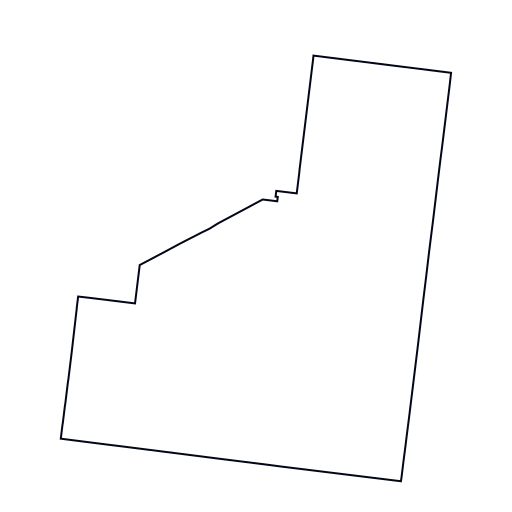 outline of Coolgardie, Western Australia, Australia, rotated 277°
{"feature_id": "25037944B30748912552839", "entity_name": "Coolgardie", "entity_type": "district", "adm_level": 2, "iso_a3": "AUS", "parent_name": "Australia", "parent_adm1": "Western Australia", "projection": "mercator", "projection_center": [120.788, -31.014], "detail": "fine", "context": "isolated", "style": "outline", "palette": "ink", "viewbox_px": 512, "rotation_deg": 277, "n_neighbors": 0, "source": "geoboundaries", "source_scale": "gbopen_adm2", "svg_char_len": 2173}
<svg xmlns="http://www.w3.org/2000/svg" viewBox="0 0 512 512"><g transform="rotate(277 256 256)"><path d="M50.9,84.5L50.8,103.9L50.7,132.2L50.7,146.6L50.6,173.7L50.5,200.7L50.4,226.0L50.3,245.3L50.2,296.4L50.1,306.0L50.1,306.5L50.1,309.2L50.1,311.0L50.1,313.7L50.1,314.6L50.1,316.3L50.1,319.9L50.1,321.7L50.1,322.6L50.1,324.4L50.1,325.3L50.1,327.1L50.1,328.0L50.1,335.2L50.1,336.1L50.1,337.9L50.1,338.8L50.1,340.6L50.1,341.5L50.1,343.3L50.1,344.2L50.1,346.0L50.1,347.0L50.1,349.7L50.1,359.6L50.1,360.5L50.1,370.4L50.1,371.3L50.1,381.2L50.1,382.1L50.1,391.1L50.1,392.0L50.1,402.0L50.1,402.9L50.1,405.6L50.1,409.1L50.1,410.0L50.1,419.6L50.1,420.5L50.1,424.9L50.1,427.3L53.8,427.4L62.8,427.4L71.0,427.4L84.6,427.5L94.6,427.5L116.3,427.6L131.7,427.6L139.0,427.6L162.6,427.6L186.1,427.6L233.3,427.4L258.7,427.4L282.2,427.3L313.9,427.4L352.5,427.3L372.9,427.3L388.6,427.4L416.5,427.4L449.9,427.4L461.6,427.3L461.7,376.6L461.8,330.3L461.9,288.6L458.6,288.7L453.2,288.7L446.1,288.7L435.3,288.7L427.2,288.7L411.9,288.7L394.0,288.7L374.8,288.7L359.4,288.7L356.7,288.7L354.1,288.7L352.4,288.7L349.7,288.7L347.1,288.7L344.5,288.8L341.9,288.8L339.5,288.8L336.6,288.8L331.7,288.8L327.5,288.8L326.0,288.8L323.1,288.8L323.1,279.2L323.1,268.2L322.3,268.2L317.3,268.2L317.3,270.4L312.9,270.4L312.9,265.9L312.9,261.6L312.9,255.8L310.4,252.2L306.8,247.1L289.9,223.1L289.1,222.0L288.1,220.5L285.5,216.9L285.4,216.7L284.8,215.8L284.1,214.9L283.8,214.4L283.7,214.4L283.1,213.5L277.5,206.6L272.7,199.2L262.6,184.3L258.7,178.6L252.4,169.7L252.1,169.3L242.1,155.0L237.5,148.4L232.9,141.7L229.7,141.7L220.2,141.7L217.9,141.7L212.1,141.7L208.3,141.7L206.3,141.7L194.2,141.7L194.2,140.7L194.2,137.1L194.2,132.0L194.2,96.9L194.1,84.4L191.6,84.4L188.2,84.4L186.4,84.4L182.9,84.4L181.1,84.5L178.4,84.5L138.1,84.8L135.5,84.8L132.8,84.8L129.2,84.8L126.6,84.8L123.9,84.8L121.2,84.8L118.5,84.8L115.9,84.8L113.2,84.8L110.5,84.8L107.9,84.7L105.2,84.7L102.5,84.7L99.8,84.7L97.2,84.7L94.5,84.7L91.8,84.7L89.2,84.7L86.5,84.7L83.8,84.6L81.1,84.6L78.5,84.6L75.8,84.6L72.2,84.6L69.6,84.6L66.9,84.6L64.2,84.5L61.5,84.5L58.9,84.5L56.2,84.5L53.5,84.5L50.9,84.5Z" fill="none" stroke="#020617" stroke-width="2"/></g></svg>